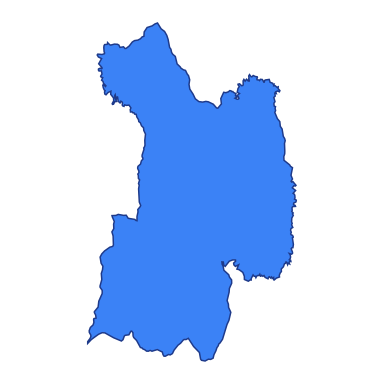 outline of El Peñon, Cundinamarca, Colombia
{"feature_id": "7082276B2914130191559", "entity_name": "El Peñon", "entity_type": "district", "adm_level": 2, "iso_a3": "COL", "parent_name": "Colombia", "parent_adm1": "Cundinamarca", "projection": "equal_earth", "projection_center": [-74.297, 5.266], "detail": "fine", "context": "isolated", "style": "filled", "palette": "blue", "viewbox_px": 384, "rotation_deg": 0, "n_neighbors": 0, "source": "geoboundaries", "source_scale": "gbopen_adm2", "svg_char_len": 5936}
<svg xmlns="http://www.w3.org/2000/svg" viewBox="0 0 384 384"><path d="M112.0,215.6L112.3,216.9L114.3,221.5L113.6,224.2L113.8,228.6L111.9,231.9L113.1,235.9L113.4,245.0L112.7,246.4L109.8,247.2L104.6,250.9L101.8,253.9L100.1,257.1L101.1,263.2L102.9,266.2L102.5,269.8L101.3,273.5L101.8,279.5L100.0,286.1L100.1,287.3L102.2,290.4L102.2,293.5L98.8,301.2L98.1,307.1L94.4,311.6L94.4,312.7L95.6,314.9L96.1,318.1L93.9,318.6L93.6,319.6L93.9,322.3L93.1,324.9L90.4,327.4L89.2,330.7L89.3,332.4L90.8,335.1L90.9,336.4L90.1,338.4L87.7,341.6L87.7,343.4L91.3,339.6L93.8,337.7L98.5,334.3L102.1,332.7L104.9,332.9L113.7,337.8L121.4,341.0L123.0,339.7L124.3,336.1L125.2,335.3L128.9,334.8L130.8,331.3L131.7,331.1L132.9,332.7L133.1,336.0L133.7,337.5L136.6,340.5L140.4,347.5L142.1,348.0L142.8,348.9L144.7,349.7L146.5,351.1L148.4,351.2L150.1,350.4L152.0,351.2L157.3,349.6L162.3,352.0L163.0,354.6L164.0,356.2L165.4,356.2L168.5,354.5L170.2,354.9L172.4,353.6L174.1,350.1L178.0,345.2L180.6,343.2L183.2,340.1L184.1,339.5L186.1,339.5L188.3,338.3L193.6,346.5L199.4,352.5L200.6,359.1L201.5,360.3L205.1,361.0L208.4,359.2L210.7,359.4L213.1,358.2L214.0,354.6L215.9,350.8L216.9,347.7L218.3,345.7L218.7,344.1L220.0,343.0L222.5,339.3L227.0,324.5L228.9,320.4L230.8,312.3L228.6,307.5L228.4,304.2L227.1,300.6L229.1,292.2L229.4,288.4L231.7,283.2L231.6,279.9L229.5,277.2L228.7,274.7L223.9,270.3L223.1,266.1L222.2,264.4L221.9,261.9L223.3,262.0L223.8,265.2L225.2,266.4L229.3,261.2L232.8,259.9L235.5,260.0L235.6,261.2L233.6,263.1L233.9,264.9L235.4,266.4L238.6,264.8L236.9,269.1L239.1,269.7L242.8,272.4L244.3,276.2L244.4,279.5L248.3,281.2L250.3,279.9L251.2,280.0L251.2,278.6L253.1,274.9L254.2,276.3L255.4,276.3L255.9,277.6L256.6,276.2L258.0,275.4L258.9,275.6L259.8,274.2L260.5,276.2L260.9,276.2L261.6,275.3L262.9,276.3L264.0,275.5L265.1,277.4L268.0,278.8L268.7,277.1L269.4,276.7L270.6,278.0L271.6,277.0L272.2,278.5L273.6,277.5L273.7,279.8L274.2,280.0L276.4,278.1L279.5,277.0L279.3,275.2L280.3,272.8L281.4,271.6L281.3,269.0L283.4,266.8L284.5,263.7L285.4,263.4L285.9,262.0L286.6,262.1L287.6,264.7L288.1,263.3L289.5,263.9L289.0,262.8L289.5,261.5L290.9,261.6L290.6,260.2L289.3,259.7L290.3,258.3L290.6,257.0L290.2,254.9L289.3,253.5L291.6,254.2L292.5,253.4L292.5,252.2L291.2,248.7L291.9,247.8L292.9,247.7L293.4,244.5L292.4,237.8L293.2,237.3L293.2,236.7L292.5,235.3L291.3,234.9L290.7,233.9L291.3,232.3L290.6,230.4L290.8,229.1L291.3,228.3L292.8,227.5L291.6,224.8L292.2,223.4L291.6,221.8L291.8,218.1L293.3,215.3L292.4,213.9L293.2,213.0L291.8,211.5L292.2,210.4L292.0,208.0L292.3,207.1L292.9,206.6L295.5,206.4L295.1,205.4L293.6,204.7L293.5,204.0L293.9,202.9L295.8,202.1L296.3,200.7L295.9,199.7L294.5,199.2L295.0,197.5L294.8,195.3L294.4,194.3L293.1,193.3L295.6,190.5L292.3,187.8L293.8,185.8L295.4,186.0L296.0,185.3L292.9,181.6L291.8,182.1L291.1,181.3L292.5,179.0L291.0,175.3L292.5,167.7L290.5,166.3L289.6,164.8L284.0,160.3L283.8,156.6L284.7,153.9L284.8,151.2L284.5,143.4L285.2,140.7L284.7,138.7L283.3,136.3L282.1,129.0L280.3,126.3L279.8,121.6L277.4,118.7L274.8,112.4L275.6,110.5L275.1,108.4L275.5,106.6L274.3,106.2L273.9,104.1L274.0,103.1L275.0,101.7L273.8,97.4L275.2,96.1L274.8,93.2L276.3,93.6L275.7,91.8L277.5,91.0L279.4,91.8L279.9,90.6L278.1,88.6L278.2,86.8L277.0,87.3L275.1,85.7L273.7,85.8L274.1,84.2L273.3,84.4L272.6,83.2L270.1,82.3L269.2,79.4L265.2,80.0L264.6,80.5L264.3,82.1L263.9,82.2L262.3,79.5L260.4,79.3L259.6,80.6L258.9,80.0L257.1,79.8L256.8,78.9L257.4,77.6L257.2,76.8L255.3,76.5L253.2,75.5L252.1,76.7L251.2,76.8L249.5,74.6L248.7,76.0L249.0,78.0L248.6,79.0L249.3,80.2L249.1,81.1L248.1,80.9L246.5,79.2L245.1,81.1L243.9,79.4L243.1,80.9L243.2,84.7L242.8,85.5L241.6,85.7L239.6,83.8L238.0,84.2L238.0,84.8L239.3,86.5L238.0,88.5L237.2,92.3L239.5,93.5L237.0,95.7L238.4,96.9L238.9,98.5L238.6,99.0L237.2,99.3L235.0,98.2L236.7,97.3L235.4,95.2L236.0,93.7L233.5,92.4L232.8,91.5L231.8,91.6L231.0,90.8L229.8,90.6L228.4,91.8L225.9,92.7L223.7,92.3L220.8,98.6L221.4,103.9L217.8,108.2L216.5,107.9L213.3,104.2L208.3,101.8L205.8,101.4L202.7,102.1L198.9,101.6L195.3,98.8L193.1,94.2L189.8,89.1L189.0,84.3L189.7,79.8L188.5,75.6L187.2,74.0L185.5,70.4L183.4,69.8L180.9,68.1L180.3,67.0L177.1,63.9L175.3,56.4L172.8,54.3L171.6,52.4L170.9,49.2L169.6,47.4L168.1,39.4L166.8,35.4L164.6,31.5L161.1,28.8L157.5,23.0L155.0,23.9L152.1,25.9L147.1,27.5L144.2,31.9L143.9,36.3L142.1,36.9L140.5,38.7L137.9,40.1L134.5,40.6L132.3,42.0L129.2,46.0L126.1,48.4L125.0,48.5L123.5,46.8L120.0,47.4L118.9,45.1L117.5,44.3L114.4,44.1L110.7,45.1L109.7,44.7L107.6,42.6L107.5,44.0L107.2,44.3L104.6,44.6L104.0,45.7L103.8,47.7L104.1,51.7L104.6,53.0L104.4,53.7L102.1,54.5L97.8,54.1L97.2,55.0L98.4,57.0L101.6,58.6L98.7,63.8L101.9,67.5L102.0,68.5L101.3,68.8L100.3,68.2L99.1,68.6L98.5,69.0L98.4,70.0L99.0,71.0L101.4,70.9L102.0,74.0L100.6,76.2L101.0,77.0L102.7,77.6L101.6,80.2L103.0,81.4L103.5,83.3L105.9,85.8L105.5,86.5L103.3,84.4L102.8,85.3L103.3,87.8L104.2,89.9L105.1,90.7L104.5,92.0L104.8,94.0L106.0,94.8L108.1,92.5L110.9,91.2L110.7,94.3L113.5,97.9L113.7,100.8L112.2,103.6L112.5,104.4L113.5,104.2L114.8,101.7L116.6,101.5L114.8,97.5L114.8,95.4L115.2,94.7L115.6,97.2L116.5,98.8L117.2,96.9L117.6,97.1L118.1,100.9L119.7,102.8L120.2,102.9L120.9,101.2L122.2,102.1L122.5,103.0L122.2,105.0L122.7,105.9L124.0,106.4L124.6,104.9L126.4,105.4L129.0,105.1L130.9,107.9L130.2,109.6L130.5,112.0L132.0,111.8L132.6,112.7L134.0,112.8L134.6,114.1L136.2,114.3L136.8,116.9L138.5,119.7L138.8,121.6L140.3,122.7L141.5,125.8L143.5,127.7L143.8,130.5L145.5,134.1L144.8,140.3L145.0,145.2L144.5,146.8L143.7,148.0L144.0,149.2L142.1,155.1L142.1,156.8L142.8,157.9L142.9,159.1L141.4,160.8L140.5,164.1L138.1,166.2L137.7,167.2L137.7,168.6L138.8,170.9L138.9,172.6L137.8,174.1L138.3,175.3L138.4,178.4L139.6,179.9L138.5,183.6L139.2,185.1L138.6,188.8L139.3,202.1L140.7,205.4L140.3,206.5L137.8,209.5L138.0,212.0L137.0,216.4L137.0,220.7L135.8,220.4L134.8,219.4L128.2,218.3L126.2,215.2L123.7,215.4L118.2,214.4L116.0,215.4L112.0,215.6Z" fill="#3b82f6" stroke="#1e3a8a" stroke-width="1.5"/></svg>